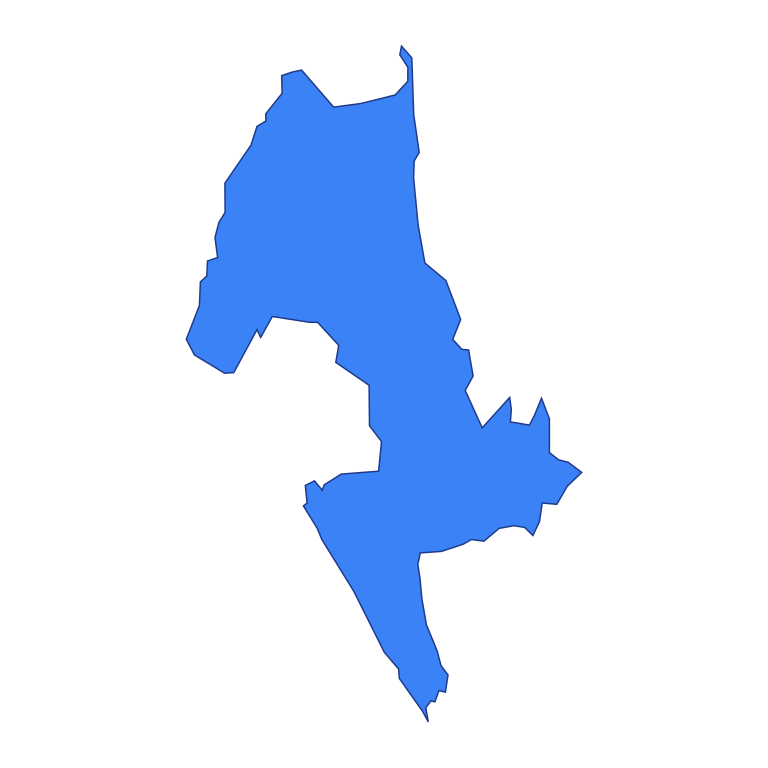 Say, Tillabéri, Niger
{"feature_id": "23599985B83200163093073", "entity_name": "Say", "entity_type": "district", "adm_level": 2, "iso_a3": "NER", "parent_name": "Niger", "parent_adm1": "Tillabéri", "projection": "equal_earth", "projection_center": [2.303, 12.594], "detail": "fine", "context": "isolated", "style": "filled", "palette": "blue", "viewbox_px": 768, "rotation_deg": 0, "n_neighbors": 0, "source": "geoboundaries", "source_scale": "gbopen_adm2", "svg_char_len": 1406}
<svg xmlns="http://www.w3.org/2000/svg" viewBox="0 0 768 768"><path d="M224.6,373.2L233.8,372.6L257.0,329.6L260.7,337.4L272.3,316.5L309.6,322.3L317.6,322.3L338.7,345.3L335.8,362.4L369.1,385.3L369.5,425.8L381.5,441.5L378.6,471.2L341.2,474.1L324.1,484.9L322.3,490.3L314.5,480.9L305.3,485.4L307.1,503.0L303.4,505.9L317.2,528.3L321.9,539.6L353.8,591.3L384.4,652.4L398.6,669.1L399.3,678.4L422.5,711.2L428.3,721.9L425.8,707.7L430.9,700.9L434.9,701.9L438.9,690.6L445.4,692.1L448.0,675.0L441.0,665.6L437.1,650.8L426.4,624.7L421.9,598.9L420.0,578.6L417.8,564.4L420.3,552.9L441.4,551.4L463.4,544.1L471.4,539.5L483.9,541.2L499.0,528.4L513.9,525.7L524.6,527.4L532.9,535.5L539.5,521.5L542.2,503.0L556.8,504.3L567.3,486.2L581.7,472.4L568.2,462.3L558.5,459.8L549.4,452.6L549.4,418.9L541.5,398.2L534.2,416.0L529.4,425.1L510.4,421.9L511.3,409.5L509.7,397.4L498.1,410.3L482.2,427.9L465.2,390.4L473.1,376.0L468.6,350.0L461.8,349.3L452.7,339.4L460.7,319.5L445.9,280.6L424.9,263.0L418.1,224.9L413.6,177.7L414.2,160.9L419.2,152.5L413.7,114.5L411.8,57.9L401.5,46.1L399.8,54.8L407.9,67.3L407.8,81.3L395.1,95.0L360.3,103.6L333.6,107.1L301.6,70.1L292.5,72.0L281.7,75.6L282.1,93.3L265.8,113.8L265.8,121.1L257.0,126.4L251.0,145.1L224.9,183.2L225.1,212.4L218.9,222.4L215.0,237.5L217.6,257.5L207.5,261.0L206.8,276.0L200.4,281.9L199.4,305.5L186.3,339.3L194.5,355.0L224.6,373.2Z" fill="#3b82f6" stroke="#1e3a8a" stroke-width="1.5"/></svg>